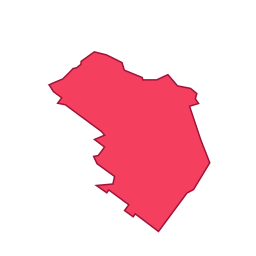 Houston, Georgia, United States of America (Albers equal-area conic projection), rotated 306°
{"feature_id": "52423323B77301677546926", "entity_name": "Houston", "entity_type": "district", "adm_level": 2, "iso_a3": "USA", "parent_name": "United States of America", "parent_adm1": "Georgia", "projection": "albers", "projection_center": [-83.676, 32.487], "detail": "fine", "context": "isolated", "style": "filled", "palette": "rose", "viewbox_px": 256, "rotation_deg": 306, "n_neighbors": 0, "source": "geoboundaries", "source_scale": "gbopen_adm2", "svg_char_len": 748}
<svg xmlns="http://www.w3.org/2000/svg" viewBox="0 0 256 256"><g transform="rotate(306 128 128)"><path d="M154.4,50.9L151.8,52.5L146.5,51.0L143.8,48.6L137.8,47.8L129.3,46.4L120.5,41.0L116.5,38.8L116.5,39.0L113.6,46.3L113.5,56.6L106.7,56.5L110.0,63.7L109.8,80.7L109.6,108.7L108.4,113.3L99.0,107.6L98.8,120.2L88.2,120.1L84.8,116.9L80.9,124.0L80.9,145.6L73.8,148.7L62.9,136.2L63.1,148.9L66.6,148.9L66.4,168.7L66.4,173.8L59.2,173.7L59.2,184.4L62.8,184.4L62.2,213.5L110.0,213.9L116.7,217.2L147.9,214.6L161.2,193.8L181.8,165.0L189.3,170.7L191.2,165.3L196.3,163.5L196.8,155.3L191.2,143.3L194.6,128.9L183.8,122.9L175.7,111.8L177.2,109.8L172.6,91.1L177.4,84.7L174.5,67.7L169.8,56.0L154.4,50.9Z" fill="#f43f5e" stroke="#9f1239" stroke-width="1.5"/></g></svg>